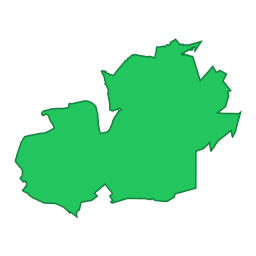 Amatán, Chiapas, Mexico, rotated 270°
{"feature_id": "50627088B28872872188545", "entity_name": "Amatán", "entity_type": "district", "adm_level": 2, "iso_a3": "MEX", "parent_name": "Mexico", "parent_adm1": "Chiapas", "projection": "orthographic", "projection_center": [-92.839, 17.389], "detail": "fine", "context": "isolated", "style": "filled", "palette": "green", "viewbox_px": 256, "rotation_deg": 270, "n_neighbors": 0, "source": "geoboundaries", "source_scale": "gbopen_adm2", "svg_char_len": 5793}
<svg xmlns="http://www.w3.org/2000/svg" viewBox="0 0 256 256"><g transform="rotate(270 128 128)"><path d="M67.9,195.8L104.7,195.9L107.2,202.7L107.2,203.1L113.2,209.4L104.4,211.0L105.8,211.3L106.5,212.2L107.7,213.0L109.2,214.1L111.2,215.3L112.8,216.3L115.5,218.5L125.4,231.1L125.0,231.3L123.3,231.5L122.1,231.9L121.2,231.9L119.6,232.4L118.4,232.5L119.4,232.9L124.3,235.3L124.3,235.5L127.5,236.1L129.6,236.7L134.3,237.9L143.7,240.6L142.3,238.7L142.5,233.3L142.5,231.5L142.5,227.7L142.6,222.2L143.2,217.6L145.9,221.2L146.0,221.0L146.2,221.5L149.4,225.5L160.0,228.7L164.1,227.8L165.4,230.7L175.0,222.9L182.0,226.5L184.1,222.4L185.6,219.7L184.0,217.5L183.7,216.3L187.4,214.0L189.6,212.8L187.3,210.8L185.7,209.4L184.5,208.6L183.4,207.4L175.2,200.2L183.6,197.7L185.2,197.2L186.4,196.9L189.2,195.9L199.5,192.7L200.4,188.4L200.7,188.4L201.0,187.6L201.1,182.9L201.3,182.6L201.4,181.7L202.3,181.6L202.6,182.2L202.0,182.8L201.8,183.9L201.8,184.4L203.7,184.2L204.0,184.6L204.0,184.9L204.3,185.4L204.8,186.4L205.1,187.3L205.3,187.5L206.1,187.6L206.4,188.3L205.8,189.0L206.0,190.0L205.9,190.5L206.7,190.9L207.1,190.6L208.5,192.0L208.4,192.3L207.6,192.1L206.4,191.4L206.2,191.4L205.9,192.0L207.8,193.3L209.2,194.1L209.0,194.8L208.7,195.0L207.6,195.7L206.6,195.0L206.3,194.8L205.1,195.0L214.5,201.2L211.1,189.1L210.9,184.7L210.7,183.4L211.8,182.9L211.6,181.0L211.1,180.0L212.3,179.2L215.2,176.8L216.8,175.4L215.8,174.3L215.5,173.7L214.6,172.1L214.1,171.5L213.4,170.4L212.8,170.5L212.1,170.4L211.6,170.0L211.1,169.1L211.1,168.7L211.2,168.0L211.2,166.9L210.5,166.2L209.9,165.5L209.2,165.1L209.1,164.6L209.8,163.9L209.7,163.0L209.2,161.2L208.8,158.9L208.9,158.1L209.0,157.3L208.8,156.6L207.0,156.4L206.6,156.5L205.9,156.3L204.5,156.3L202.8,155.7L201.2,155.4L200.6,155.3L199.8,155.2L199.3,155.0L198.6,154.9L198.2,154.6L198.8,152.5L199.4,150.9L199.5,150.2L199.4,149.4L199.5,148.8L199.5,148.3L199.1,147.7L198.8,147.5L199.3,146.2L199.6,144.9L199.8,143.2L200.1,142.2L200.2,140.3L200.6,138.9L200.7,137.8L200.9,137.0L201.4,135.3L201.4,134.3L201.2,133.3L200.8,132.3L200.3,131.3L199.9,130.7L199.3,130.4L198.6,129.8L198.4,129.5L198.4,129.0L198.0,128.2L197.6,127.9L196.7,127.8L196.1,127.6L195.8,126.5L195.3,125.8L194.9,125.0L194.4,125.0L193.4,123.9L191.2,122.1L190.5,121.6L189.5,120.5L188.8,120.1L188.3,119.7L186.6,118.1L184.0,116.1L182.6,115.2L181.9,114.5L181.1,114.0L180.4,113.2L180.4,112.8L180.6,112.3L181.1,111.8L181.0,110.9L181.2,110.1L181.5,109.6L182.3,108.9L182.2,108.4L182.4,107.9L182.6,107.2L183.3,106.0L183.8,106.4L184.4,105.6L183.9,104.8L185.0,104.3L184.9,102.9L185.4,102.4L185.1,102.1L184.8,101.6L184.6,101.5L184.4,101.9L183.8,102.1L183.2,102.0L182.4,102.7L181.5,103.0L180.2,103.9L175.9,104.8L173.7,105.6L172.6,105.4L172.1,105.0L170.6,106.3L169.9,106.7L166.7,108.1L164.3,108.3L163.1,108.3L162.5,107.7L161.8,108.0L160.8,108.2L158.1,108.8L157.3,108.8L156.6,109.0L153.8,109.5L150.8,109.8L149.4,109.9L149.0,109.7L148.0,109.8L147.3,109.7L146.7,109.7L146.2,109.9L145.8,110.6L145.7,111.1L145.4,111.4L145.2,112.0L145.1,113.2L145.4,113.8L146.1,114.6L146.1,115.8L146.6,116.8L146.7,117.5L146.5,118.1L147.8,118.8L147.6,119.6L146.9,121.0L146.4,121.3L146.1,121.0L145.6,120.0L145.1,119.1L144.7,118.7L143.5,118.0L142.3,117.1L139.9,115.6L139.6,115.3L138.5,114.6L137.9,114.3L136.7,113.6L136.3,113.4L135.5,113.1L133.5,112.5L131.3,111.8L128.9,110.6L128.3,110.4L126.6,109.6L125.5,108.7L124.7,107.8L124.2,107.5L123.7,106.0L123.4,104.5L123.0,102.6L122.5,100.3L127.4,99.0L127.9,99.0L128.6,98.9L129.1,98.8L129.7,98.6L130.5,98.5L132.8,98.1L134.5,98.2L136.7,98.0L137.7,97.9L138.7,97.7L142.2,97.7L144.1,97.0L149.4,95.8L150.5,94.9L150.7,94.6L151.7,93.6L152.5,92.7L153.4,91.2L153.7,90.5L154.1,89.7L154.5,88.7L155.0,86.9L155.1,86.0L155.0,84.6L154.8,82.9L154.3,81.6L153.9,79.7L153.7,78.1L153.3,76.6L152.8,74.5L152.6,74.0L152.4,73.5L152.2,71.5L152.2,71.1L152.5,69.4L151.9,69.0L148.8,68.7L148.4,68.1L147.9,66.0L147.5,62.5L147.5,59.7L147.4,58.0L147.5,56.6L147.4,55.4L147.2,54.2L147.2,52.4L146.8,50.5L146.4,49.8L146.0,48.6L145.8,47.0L145.3,45.1L145.1,44.0L144.9,43.6L144.3,42.8L142.9,41.9L142.2,41.6L141.0,42.4L140.5,43.1L140.5,43.4L140.8,44.0L141.2,44.5L141.9,45.6L141.9,46.0L141.8,46.4L141.5,47.1L140.7,48.1L140.3,48.4L139.2,48.9L138.1,49.2L137.5,49.4L135.2,50.5L130.6,53.3L129.7,53.6L129.2,53.8L128.5,53.9L128.1,53.9L127.3,53.3L126.8,52.5L124.2,47.4L122.9,44.6L122.8,43.9L122.8,42.7L122.5,40.0L122.3,38.9L122.2,38.4L122.0,37.2L121.7,36.1L121.3,34.0L120.9,32.6L120.8,31.0L120.5,29.6L120.2,28.9L120.1,27.8L119.6,26.6L119.7,26.0L119.6,25.5L119.3,24.8L118.3,24.1L117.2,23.2L114.5,21.8L113.7,21.1L112.0,20.5L109.7,20.1L108.6,19.5L103.3,17.7L101.7,17.2L98.6,16.4L96.2,15.6L94.9,15.4L94.1,15.7L93.2,16.4L92.2,17.3L91.3,17.9L90.3,18.9L89.1,19.7L87.4,21.4L86.5,21.9L85.4,22.3L84.5,22.5L81.9,22.4L80.3,22.1L79.7,22.0L79.3,21.4L78.8,21.1L78.3,20.6L77.5,20.2L77.3,20.2L77.1,20.7L76.7,21.3L76.4,21.5L76.0,21.6L75.9,21.8L75.8,22.3L75.7,22.4L74.9,22.4L74.6,22.5L74.3,22.9L74.1,23.3L74.2,23.6L74.7,24.2L74.9,24.6L74.9,25.0L74.6,25.5L74.2,25.8L74.0,25.5L73.8,25.5L73.4,26.2L73.1,26.3L72.9,26.5L72.3,26.7L71.2,26.6L69.3,26.1L69.5,25.6L68.8,25.3L68.6,25.0L68.4,24.7L67.5,24.3L65.6,22.6L65.2,23.1L64.9,23.5L64.7,23.6L64.4,24.0L62.7,27.9L61.3,28.7L59.3,31.2L57.7,34.0L53.1,43.9L52.8,47.6L52.8,49.7L52.6,54.5L52.2,56.2L49.8,62.0L48.4,64.1L46.8,66.0L44.9,68.1L43.2,69.5L44.1,69.9L42.7,72.1L41.1,74.4L39.2,76.9L42.2,76.3L45.0,77.5L46.0,79.1L47.6,79.7L52.7,80.7L53.6,81.4L54.6,85.2L54.5,85.5L55.6,91.7L55.7,91.8L59.8,97.2L63.0,94.5L67.2,99.6L71.8,105.1L63.4,111.9L62.3,112.3L61.6,111.8L60.0,109.8L55.6,112.7L54.1,110.8L53.0,112.1L53.2,112.3L53.2,113.0L57.6,127.5L57.4,142.3L57.5,144.3L56.4,150.7L57.4,152.5L55.8,154.7L55.5,156.1L54.7,164.0L54.6,167.1L57.5,171.8L58.7,174.2L62.1,175.0L67.8,195.5L67.9,195.8Z" fill="#22c55e" stroke="#15803d" stroke-width="1.5"/></g></svg>